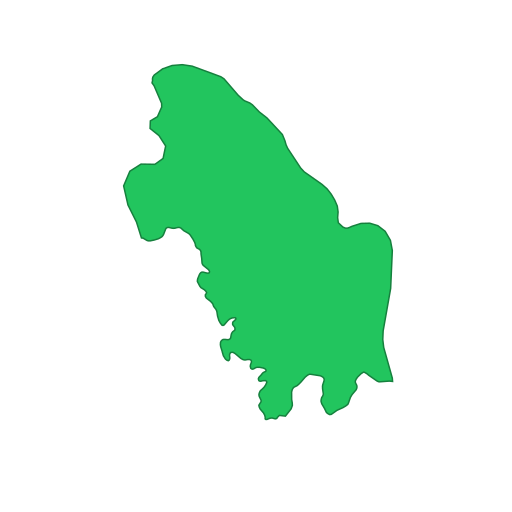 an SVG outline of Bueng Kan, rotated 32°
{"feature_id": "THA-5499", "entity_name": "Bueng Kan", "entity_type": "Province", "adm_level": 1, "iso_a3": "THA", "parent_name": "Thailand", "parent_adm1": "", "projection": "orthographic", "projection_center": [103.786, 18.105], "detail": "fine", "context": "isolated", "style": "filled", "palette": "green", "viewbox_px": 512, "rotation_deg": 32, "n_neighbors": 0, "source": "natural_earth", "source_scale": "10m", "svg_char_len": 4115}
<svg xmlns="http://www.w3.org/2000/svg" viewBox="0 0 512 512"><g transform="rotate(32 256 256)"><path d="M131.2,122.6L135.0,122.7L155.6,129.1L162.5,130.4L164.3,130.4L169.7,129.5L172.9,129.7L182.5,132.1L192.1,133.1L214.0,139.0L219.4,142.9L222.6,145.8L225.8,147.9L247.2,157.7L252.3,159.1L274.1,160.3L280.7,161.4L287.0,163.7L293.0,166.8L298.5,170.6L302.3,175.2L304.9,180.2L308.2,184.2L314.3,185.4L317.0,185.0L318.8,183.9L320.1,182.3L321.7,179.9L327.8,172.7L335.1,167.9L343.3,165.7L352.4,166.6L361.7,171.5L368.7,179.1L387.4,212.2L403.5,252.1L407.8,259.7L412.8,265.9L436.3,287.3L438.3,290.0L435.4,291.4L427.5,297.2L427.0,297.5L426.3,297.7L425.0,297.9L414.4,297.4L414.2,297.3L412.9,297.1L410.2,297.1L409.0,297.3L408.7,297.5L407.4,300.3L406.3,304.9L406.2,307.5L406.5,309.4L407.2,310.5L408.3,311.3L409.4,311.9L410.4,312.7L411.1,313.7L411.6,315.0L411.8,316.4L410.9,322.6L411.0,325.9L412.3,331.6L412.5,333.2L411.6,335.6L410.1,338.5L406.5,343.9L404.3,349.2L403.7,350.5L402.4,351.5L400.0,351.6L398.5,351.3L394.9,349.0L390.3,346.6L389.3,345.8L388.3,344.9L387.6,343.8L387.1,342.5L386.7,341.1L386.8,339.8L386.6,338.4L386.2,337.3L382.8,333.3L381.4,331.2L380.9,330.0L379.8,325.7L379.2,324.5L378.3,323.7L376.9,323.3L375.4,323.3L374.0,323.5L365.1,327.3L364.0,327.9L362.9,329.7L361.9,332.6L360.9,339.1L360.2,342.2L359.5,344.3L357.9,346.8L357.5,348.0L357.5,350.0L358.3,352.5L362.3,358.8L364.6,361.4L366.0,363.4L366.8,367.0L365.8,376.2L360.3,378.8L359.7,381.3L359.7,382.6L359.1,383.6L358.1,384.1L355.6,384.8L354.6,385.5L353.8,386.2L351.8,388.9L351.0,389.4L350.1,389.3L349.2,387.8L347.7,386.4L345.5,385.1L340.7,383.6L338.7,382.3L337.5,381.0L337.5,377.0L337.1,376.0L336.2,375.3L333.2,373.4L332.4,372.6L331.8,371.7L331.4,370.5L331.2,369.3L331.1,368.0L331.4,366.8L331.8,365.6L332.4,363.0L332.5,360.1L332.1,357.4L331.4,356.7L330.2,356.6L328.5,357.7L327.4,358.6L326.5,359.6L325.6,360.1L324.5,360.2L323.1,359.0L322.8,357.7L322.9,356.3L323.3,355.0L323.6,352.2L323.9,351.0L324.5,350.0L325.1,349.2L325.4,348.2L325.0,347.4L323.7,346.9L321.7,347.1L318.0,348.5L316.2,349.6L315.0,350.7L313.9,352.8L313.2,353.7L312.2,354.1L311.1,354.0L309.6,352.6L309.0,351.3L308.4,348.5L307.8,347.5L306.9,347.0L305.6,347.1L303.8,348.2L301.8,350.0L300.7,350.5L299.5,350.8L297.5,350.9L290.0,349.8L287.4,349.9L285.6,351.3L285.6,352.5L285.9,353.8L287.9,356.5L288.3,357.5L288.4,358.6L288.0,359.5L286.6,359.8L284.7,359.6L281.2,357.9L278.5,355.5L277.7,354.7L274.2,351.7L272.8,350.1L271.7,348.1L271.5,346.8L271.7,345.5L272.2,344.4L273.0,343.7L274.0,343.1L276.1,342.1L277.1,341.4L277.7,340.5L278.0,339.5L277.7,338.4L276.8,336.2L276.4,335.0L276.3,333.8L276.4,332.5L277.3,330.2L276.9,329.0L275.8,327.8L272.6,326.6L271.7,325.3L271.4,324.1L271.8,322.9L272.4,320.4L272.0,319.5L271.1,319.3L268.9,320.9L267.8,322.2L267.0,323.6L266.6,324.8L266.3,326.0L265.5,331.4L264.8,332.4L263.7,332.7L261.3,331.8L258.6,330.3L255.2,327.3L252.3,323.9L251.4,323.2L250.4,322.5L248.1,321.7L246.9,321.2L246.0,320.6L245.2,319.8L243.6,319.1L241.2,318.5L236.2,318.0L234.5,317.1L233.6,315.8L233.7,314.6L233.6,313.3L232.3,312.5L230.2,312.0L226.0,312.0L224.2,311.3L219.8,308.7L219.1,307.5L218.6,306.1L217.9,302.1L217.8,300.7L218.0,299.5L218.5,298.5L219.3,297.9L219.9,297.6L223.1,296.6L224.2,296.1L225.0,295.5L225.2,294.7L224.9,293.9L224.1,293.2L222.7,292.7L216.2,291.9L214.9,291.3L214.0,290.6L211.3,286.9L208.4,283.5L207.1,281.6L206.1,280.8L204.6,280.3L201.6,280.5L200.2,279.9L199.1,279.2L198.4,278.3L197.6,277.6L196.7,276.9L193.6,275.1L189.2,273.1L187.9,272.7L186.4,272.6L181.3,272.8L177.4,272.1L176.2,272.3L175.0,272.9L173.9,273.9L172.4,275.5L171.1,276.4L169.8,277.0L167.4,277.8L166.3,278.3L165.5,279.2L165.0,280.4L166.2,286.8L166.2,288.2L166.0,289.5L165.2,291.2L164.0,293.2L161.2,296.4L158.4,299.1L156.5,300.3L155.2,300.6L150.8,300.7L149.3,301.4L136.6,290.5L120.4,280.6L106.6,266.7L104.1,250.9L109.8,239.0L121.7,231.8L125.5,222.5L121.1,210.6L109.9,205.3L98.6,204.0L94.8,197.4L98.6,190.1L97.2,180.5L97.2,179.8L95.0,176.5L79.3,165.6L76.1,164.3L75.3,162.0L74.3,160.6L73.7,159.0L73.8,156.4L77.6,146.8L83.9,138.9L92.1,132.8L101.3,128.8L131.2,122.6Z" fill="#22c55e" stroke="#15803d" stroke-width="1.5"/></g></svg>